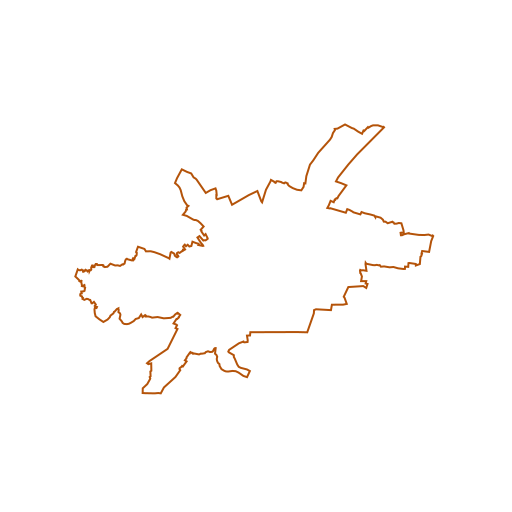 Iasi, Iasi, Romania (Equal Earth projection), rotated 119°
{"feature_id": "2599482B38113668882079", "entity_name": "Iasi", "entity_type": "district", "adm_level": 2, "iso_a3": "ROU", "parent_name": "Romania", "parent_adm1": "Iasi", "projection": "equal_earth", "projection_center": [27.601, 47.156], "detail": "fine", "context": "isolated", "style": "outline", "palette": "amber", "viewbox_px": 512, "rotation_deg": 119, "n_neighbors": 0, "source": "geoboundaries", "source_scale": "gbopen_adm2", "svg_char_len": 6149}
<svg xmlns="http://www.w3.org/2000/svg" viewBox="0 0 512 512"><g transform="rotate(119 256 256)"><path d="M230.5,144.1L226.4,144.9L226.9,146.8L224.5,147.4L227.0,151.9L222.6,153.4L220.4,156.0L220.4,156.5L218.3,158.0L217.6,158.1L217.4,156.6L216.6,155.6L215.4,152.2L210.0,156.3L208.8,156.8L209.3,155.8L207.2,149.1L206.3,147.4L205.2,146.1L204.6,144.0L204.0,143.4L204.8,141.6L203.0,138.9L201.1,133.6L199.0,130.5L197.9,125.8L195.9,120.8L195.1,119.5L193.0,120.5L191.7,117.6L188.3,119.2L187.8,118.6L185.5,112.4L186.8,111.6L183.6,108.8L176.9,111.8L176.0,111.4L174.5,111.7L173.6,111.9L173.7,112.4L171.1,113.1L168.5,106.6L158.0,110.0L152.6,110.7L152.4,111.4L153.1,111.6L153.6,115.5L156.1,119.0L158.7,124.0L162.3,133.4L162.0,133.6L165.2,137.0L167.0,138.3L167.6,139.3L165.6,140.8L165.0,140.1L164.2,137.9L162.0,139.5L156.9,144.7L157.9,147.1L159.5,148.7L160.7,150.6L159.9,152.1L160.3,153.0L160.0,153.4L163.5,156.7L163.2,159.4L164.0,160.9L162.7,162.6L162.1,165.6L163.3,170.6L164.3,170.3L163.3,172.2L164.3,176.3L165.9,181.6L166.4,185.0L169.0,184.9L170.6,192.1L170.4,192.8L170.4,196.6L170.8,198.9L174.6,198.4L178.2,214.2L178.6,214.4L179.4,216.9L176.4,216.9L171.6,217.5L171.3,214.1L168.5,214.5L168.4,213.9L166.9,213.9L166.2,213.4L166.1,212.8L163.5,212.9L150.4,211.2L151.0,216.7L152.0,222.2L147.5,222.3L131.2,219.6L118.1,216.8L81.4,206.4L81.2,207.0L81.6,207.2L82.6,212.7L84.9,216.9L86.5,218.3L89.3,219.9L89.0,220.6L94.1,221.9L94.0,222.4L94.5,222.4L94.5,222.8L97.7,222.5L97.7,227.0L97.2,232.2L97.6,234.1L97.8,241.9L105.1,246.5L106.7,248.8L107.6,248.0L111.1,248.3L115.2,247.5L118.4,247.7L135.5,251.6L144.7,252.3L149.9,253.1L161.7,250.7L168.6,248.0L169.0,249.2L172.5,247.9L176.6,248.2L178.2,252.3L178.8,256.8L178.7,260.8L178.2,262.5L177.5,263.6L177.2,263.6L177.3,265.5L177.5,266.1L178.8,266.6L179.2,268.9L179.1,269.8L180.0,273.1L180.7,274.3L182.5,274.3L182.6,275.4L182.2,276.2L182.2,279.8L183.8,279.5L193.2,279.4L206.1,276.7L205.6,277.9L198.5,286.3L206.2,291.8L222.8,301.8L216.8,309.4L225.2,317.5L224.9,318.6L221.8,320.3L221.6,320.0L218.1,322.4L216.5,324.2L220.5,327.7L225.2,330.5L218.0,345.0L217.6,346.3L217.5,348.7L215.2,352.7L215.9,357.1L216.2,362.9L226.2,362.8L231.5,362.2L232.2,358.6L233.2,356.1L234.9,353.8L239.5,349.4L242.8,345.3L245.0,340.9L245.0,339.4L247.3,340.2L248.8,338.9L249.3,339.6L251.1,339.1L255.4,339.9L254.5,336.0L254.6,328.7L254.4,327.4L253.7,326.0L253.5,323.8L254.2,320.5L255.6,316.1L259.9,317.1L260.4,315.8L261.0,315.7L263.2,311.3L261.3,310.7L264.0,306.8L264.4,306.6L266.8,307.7L267.5,309.3L268.0,309.6L266.0,315.1L268.2,316.2L271.2,310.6L272.1,308.0L272.7,307.1L273.0,307.4L274.3,311.7L273.4,311.7L273.2,312.5L273.7,314.3L274.3,318.5L278.6,317.4L280.0,318.9L279.3,321.2L281.4,322.0L280.6,323.8L281.6,324.1L283.1,324.3L284.7,321.2L286.0,322.0L286.1,322.8L286.8,322.4L287.4,322.7L287.4,323.0L290.0,324.1L290.4,324.4L290.4,325.8L291.7,326.5L293.1,326.0L293.4,324.4L294.0,323.7L295.3,324.2L295.5,324.7L295.1,327.1L293.6,328.7L293.5,332.0L294.4,332.3L300.3,330.4L300.2,331.2L300.9,340.7L301.9,346.7L302.9,350.4L305.3,354.5L303.9,357.0L305.1,363.7L310.7,362.8L311.0,361.8L313.0,360.9L313.9,360.9L314.4,361.5L317.6,360.9L317.5,362.4L318.2,362.4L318.6,361.5L319.4,361.3L320.1,362.6L321.1,366.7L321.0,367.6L322.1,368.2L323.9,368.0L326.3,367.3L327.9,368.1L327.8,368.5L328.2,368.9L330.6,370.1L331.2,372.4L332.6,374.6L333.3,379.6L337.4,380.7L339.0,382.9L339.1,384.5L338.2,384.8L338.1,385.5L340.9,390.5L340.8,391.1L340.2,391.4L340.7,392.3L342.8,392.4L343.7,391.9L344.3,392.2L344.8,393.6L343.5,394.3L343.8,394.8L346.1,394.5L347.7,393.5L348.5,393.6L349.1,394.4L350.3,394.3L349.3,395.1L349.8,395.6L351.1,395.9L350.7,396.8L350.7,398.2L351.4,398.1L351.7,398.9L352.1,398.6L352.8,398.8L353.6,399.5L352.6,400.8L352.4,401.8L353.8,402.9L354.3,404.5L354.1,405.4L361.5,404.1L362.5,400.2L363.3,397.8L363.6,397.9L363.6,397.0L362.4,396.8L362.4,396.5L363.4,396.3L366.3,393.8L366.7,393.7L366.5,392.9L365.2,392.4L364.6,392.0L364.8,391.8L366.7,390.7L366.6,390.1L369.6,389.1L370.4,389.6L371.8,391.6L373.2,390.3L374.1,391.2L375.3,390.9L375.9,390.4L375.7,388.6L376.4,388.0L376.5,387.1L377.6,387.0L377.6,384.9L375.5,383.3L375.1,382.1L375.1,379.8L374.9,379.6L377.1,376.9L376.8,376.3L374.7,375.5L376.1,372.6L377.8,372.8L378.0,371.6L377.7,370.4L378.9,370.3L379.5,371.8L381.0,371.4L384.0,369.4L386.5,367.1L387.3,362.3L387.7,357.5L383.5,355.0L380.4,354.2L378.7,354.4L375.3,352.9L373.7,353.1L373.2,352.7L369.9,352.0L368.5,351.0L369.3,350.6L369.6,350.0L371.8,349.1L372.1,347.1L373.1,346.1L377.0,344.9L378.3,341.5L379.2,340.2L379.3,338.3L378.2,335.9L376.9,334.3L375.3,333.2L372.2,331.4L369.4,330.7L367.1,328.4L362.8,328.1L364.4,325.6L361.4,324.3L361.5,323.5L362.4,323.1L361.1,320.9L360.5,318.8L360.3,317.0L357.1,312.5L355.2,306.4L351.5,300.7L349.4,299.4L349.2,298.9L346.4,298.4L344.3,297.4L344.4,296.9L343.7,296.8L344.3,293.7L347.0,294.0L347.2,293.7L349.4,294.4L349.6,295.0L355.0,295.4L354.6,292.3L354.8,291.5L358.1,291.4L357.9,289.3L380.1,288.3L399.5,298.2L402.6,299.3L402.8,297.7L400.7,295.6L407.1,291.9L408.2,292.4L412.3,289.9L413.4,290.3L414.4,289.1L415.1,289.0L420.7,289.0L426.6,290.9L430.8,288.7L429.9,286.8L425.3,278.1L423.2,275.0L422.3,272.7L415.6,272.8L400.9,267.8L392.6,266.9L391.9,268.2L391.1,268.4L388.9,267.4L388.0,267.3L388.1,266.4L381.8,265.6L381.7,267.6L379.2,267.2L378.3,267.6L372.8,267.0L372.9,266.6L371.8,266.6L372.0,264.2L371.5,264.2L371.6,263.0L371.2,262.7L369.7,258.1L368.0,256.8L367.8,256.1L365.8,253.6L364.5,253.4L362.6,251.8L362.3,249.7L361.0,247.8L360.3,247.5L357.3,247.6L356.3,247.1L356.1,246.6L361.3,244.5L361.7,242.7L362.9,241.1L365.1,240.4L366.5,239.3L367.9,237.5L368.2,235.7L369.9,234.4L371.7,231.3L371.8,228.0L371.5,226.3L370.6,224.4L367.9,220.8L366.6,217.9L366.4,214.8L367.0,208.9L366.3,205.1L359.6,205.6L359.6,208.9L361.2,215.1L361.3,217.4L360.0,219.8L356.0,224.9L355.1,226.4L353.5,227.3L353.4,233.2L353.0,233.9L351.1,234.0L340.6,228.6L336.9,225.5L337.3,225.0L337.1,224.2L335.3,221.7L333.7,222.4L330.0,225.3L328.4,222.7L325.4,224.0L302.5,183.0L297.9,174.2L278.1,177.6L275.2,179.0L273.5,177.7L267.0,164.2L261.8,166.0L256.4,156.3L253.9,153.4L249.6,158.3L249.1,159.5L238.4,160.2L230.3,147.6L230.5,144.1Z" fill="none" stroke="#b45309" stroke-width="2"/></g></svg>